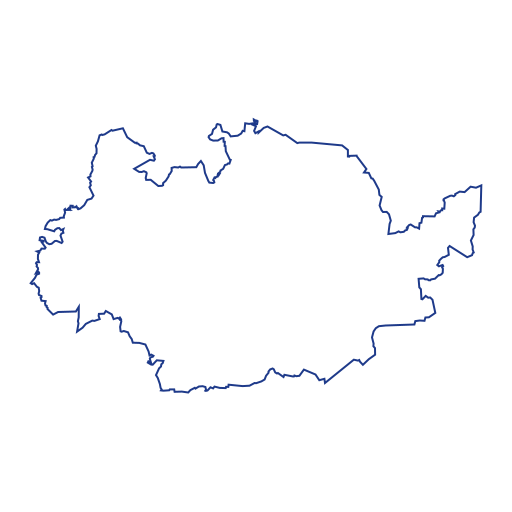 Unión de San Antonio, Jalisco, Mexico (Albers equal-area conic projection)
{"feature_id": "50627088B53477617701945", "entity_name": "Unión de San Antonio", "entity_type": "district", "adm_level": 2, "iso_a3": "MEX", "parent_name": "Mexico", "parent_adm1": "Jalisco", "projection": "albers", "projection_center": [-102.055, 21.158], "detail": "fine", "context": "isolated", "style": "outline", "palette": "blue", "viewbox_px": 512, "rotation_deg": 0, "n_neighbors": 0, "source": "geoboundaries", "source_scale": "gbopen_adm2", "svg_char_len": 5991}
<svg xmlns="http://www.w3.org/2000/svg" viewBox="0 0 512 512"><path d="M435.3,312.9L432.5,299.8L430.2,297.5L428.2,297.7L425.7,295.9L422.4,299.3L421.4,299.0L420.9,289.2L419.3,287.4L418.6,278.8L423.6,278.4L425.0,279.3L427.7,279.4L428.5,280.2L430.2,280.3L431.1,279.4L435.0,278.7L438.7,275.1L439.6,275.3L441.4,274.3L442.7,272.8L442.9,268.8L442.1,267.3L443.2,266.1L442.6,265.0L438.9,266.3L437.3,265.0L439.3,262.2L439.2,260.7L440.9,258.9L442.7,257.3L444.6,257.0L448.8,254.8L448.0,247.9L449.6,246.0L467.2,257.2L472.0,255.2L472.8,253.0L473.7,252.5L472.6,249.5L472.7,246.4L470.9,240.5L473.6,235.0L473.4,229.3L474.7,227.6L475.0,225.7L473.6,222.2L474.1,217.6L477.9,214.8L479.3,212.5L480.6,211.8L481.3,185.4L476.0,187.7L470.6,186.7L464.6,192.1L459.7,191.6L455.2,194.1L455.3,195.1L453.8,196.3L451.9,195.6L450.2,195.8L444.7,198.4L443.6,199.3L443.8,200.0L442.7,200.2L443.9,200.4L444.7,202.6L444.3,208.7L442.2,208.5L442.2,210.2L441.3,210.1L439.8,211.6L438.5,211.4L439.2,212.4L436.0,213.3L434.6,216.4L423.0,216.2L423.0,217.4L422.1,217.8L421.4,222.7L419.5,223.2L419.1,228.6L416.6,227.3L415.0,227.3L410.7,224.5L409.2,225.0L407.0,227.4L406.8,227.8L407.7,228.1L406.9,229.9L405.2,230.4L403.8,231.8L400.4,232.3L398.6,231.4L395.3,233.1L388.4,234.0L389.6,223.9L390.8,220.7L389.0,214.3L386.7,211.9L383.0,212.0L381.5,210.2L379.6,205.5L381.7,196.9L379.4,194.9L378.8,189.6L374.2,180.8L372.7,178.6L371.3,178.3L368.8,172.9L364.0,172.5L366.4,169.0L356.5,155.9L357.5,155.6L349.1,155.9L349.1,156.6L347.9,156.5L347.9,150.0L342.1,145.4L311.7,142.6L299.3,142.6L297.3,143.1L285.6,134.8L283.2,135.4L267.5,126.5L263.7,127.9L258.6,132.7L258.6,131.4L255.4,133.2L254.1,130.9L256.0,126.2L251.2,124.1L257.1,124.0L257.6,121.1L256.8,120.6L255.8,121.6L255.2,120.3L253.8,119.5L253.9,120.9L255.1,122.2L254.5,123.1L249.1,123.9L245.2,123.3L244.4,131.2L242.7,130.8L241.2,133.5L237.7,135.7L230.7,136.4L228.8,133.5L227.0,132.3L222.4,131.5L220.4,124.9L217.4,124.0L216.7,124.5L216.0,127.4L213.1,129.7L212.0,133.9L208.9,136.0L208.6,137.2L210.1,139.4L213.2,140.6L217.9,140.5L221.5,138.3L223.5,138.1L223.6,141.7L224.8,141.8L224.6,145.9L225.5,146.1L225.8,151.2L229.8,159.6L230.7,159.9L229.4,163.6L228.1,163.4L227.1,164.4L224.9,165.1L223.2,168.8L220.5,170.5L220.3,171.7L218.0,173.6L217.9,174.3L219.4,174.1L218.6,175.4L217.6,175.5L217.7,176.5L215.4,177.3L215.3,177.9L214.5,177.5L213.2,180.0L214.0,180.9L214.3,182.4L213.2,183.0L209.3,182.6L208.3,180.9L205.0,172.9L203.7,165.3L200.9,161.0L198.1,164.0L196.3,167.2L181.2,167.5L180.0,166.6L178.2,167.5L174.5,167.1L171.6,167.9L171.7,171.0L169.8,174.1L169.0,174.5L168.6,176.4L165.8,180.7L163.1,183.1L163.1,185.2L162.0,185.8L158.3,186.0L150.7,179.8L146.2,179.9L145.7,178.0L146.7,173.3L146.3,172.3L143.9,171.2L141.7,172.0L139.1,171.9L134.2,168.8L150.0,159.8L153.9,160.7L154.9,159.3L153.7,156.4L154.6,156.4L154.8,155.6L153.4,153.4L151.9,152.9L149.5,153.9L146.8,152.7L143.8,146.2L139.9,145.3L138.2,143.7L136.6,143.4L136.6,142.7L134.9,142.8L127.2,137.2L122.9,128.3L112.5,130.7L111.5,130.0L104.6,134.4L102.3,135.0L101.7,134.5L99.6,135.3L97.9,141.4L95.8,145.7L96.6,148.9L96.5,153.3L95.1,154.9L94.5,156.9L93.6,157.2L93.8,158.6L91.8,162.7L92.6,166.2L91.9,166.9L92.6,169.5L92.4,170.8L90.4,174.5L90.5,176.4L88.1,177.5L91.1,181.5L90.1,182.8L90.8,185.3L89.4,187.2L93.5,195.6L91.5,198.6L87.3,199.9L84.2,205.2L80.5,208.4L78.7,209.1L78.3,208.4L77.8,208.8L76.6,206.5L76.1,207.2L75.3,206.8L75.0,207.3L72.6,207.4L72.7,205.8L70.5,205.7L70.2,208.8L69.3,207.6L68.0,208.8L69.7,209.9L65.2,210.0L65.0,209.1L64.4,209.6L65.1,212.6L63.8,216.2L63.9,217.6L60.2,217.8L59.2,219.1L56.1,219.9L54.1,219.6L51.9,220.6L50.3,220.1L47.7,222.6L45.6,226.1L44.9,229.0L47.4,229.2L54.2,231.3L55.0,229.8L57.4,228.2L59.3,228.1L61.0,230.1L63.4,229.0L62.8,230.6L63.4,232.8L61.4,233.6L60.5,235.6L62.6,241.7L61.6,243.0L56.7,240.9L54.9,241.0L51.6,243.8L49.3,244.2L46.9,242.9L45.8,241.4L44.5,237.7L42.1,236.9L40.0,237.5L39.6,240.2L43.4,240.8L43.5,241.6L41.7,242.2L45.6,247.6L44.8,248.7L41.5,248.6L40.3,250.6L37.0,251.4L39.2,252.6L38.0,254.7L37.9,259.0L39.0,262.2L36.7,262.2L36.0,263.2L37.0,264.9L36.6,266.4L37.9,267.9L38.1,269.2L36.1,272.8L38.3,271.7L39.1,272.5L39.1,273.7L36.5,274.7L35.1,277.7L30.7,283.2L32.1,284.1L34.1,283.2L36.9,286.8L38.7,287.7L39.2,291.0L38.6,293.7L39.0,295.0L41.5,296.0L41.5,297.2L40.6,297.8L41.5,300.7L45.6,301.1L45.0,303.4L45.5,305.4L46.7,305.8L46.6,307.0L47.6,307.8L47.5,309.0L53.1,314.6L58.1,312.0L75.9,311.5L78.8,306.8L78.7,317.4L77.9,321.2L78.5,323.3L77.1,331.6L82.6,327.7L85.8,323.9L92.3,320.6L94.4,320.9L99.7,319.1L98.6,315.9L98.9,313.9L104.1,313.7L105.8,311.0L111.8,314.4L113.6,319.1L117.6,317.9L118.6,318.5L119.9,317.5L120.8,318.9L119.7,319.2L120.0,319.9L121.0,319.9L121.3,321.3L120.1,326.9L120.6,331.3L121.6,331.7L123.8,331.0L128.0,332.3L129.7,336.3L131.7,339.0L132.8,342.7L139.3,342.9L145.4,344.5L148.6,351.5L149.5,355.4L151.2,354.6L153.5,355.8L153.0,356.6L150.4,357.5L149.8,358.7L150.9,362.3L148.4,361.3L147.8,362.6L151.2,364.6L152.7,364.7L156.8,360.3L163.4,360.9L162.7,363.1L161.3,364.3L161.0,366.5L159.1,368.3L156.0,375.1L157.8,378.0L159.9,384.1L160.6,387.9L161.6,389.4L161.0,390.4L163.4,390.7L169.2,390.3L169.8,389.4L174.2,389.4L174.6,391.8L181.9,391.6L188.2,392.5L190.4,390.1L194.8,387.8L195.5,388.6L198.9,386.5L202.6,386.2L205.4,387.0L206.0,389.6L205.3,390.7L205.8,390.9L207.5,390.5L210.5,387.3L213.1,388.4L214.5,386.6L219.7,387.9L225.7,388.1L226.1,386.8L228.3,386.9L228.6,384.7L242.6,386.1L249.5,385.7L254.6,383.0L256.1,383.2L261.4,381.4L264.6,379.5L266.1,375.7L268.5,372.8L268.5,371.5L270.2,369.4L272.6,368.5L273.8,369.3L275.2,372.4L277.0,373.5L277.9,373.0L283.5,377.0L284.4,374.8L293.1,376.5L294.0,376.4L294.4,375.5L296.3,376.2L299.4,375.8L303.9,369.6L315.5,374.5L319.3,380.2L324.4,378.8L325.0,383.0L353.8,359.7L358.0,360.6L359.2,360.0L360.0,361.7L362.9,364.8L368.8,359.2L375.1,354.7L375.0,348.1L373.4,346.2L373.6,343.6L372.0,337.4L373.6,331.4L375.8,328.2L378.9,326.2L385.6,325.5L414.4,324.5L415.3,321.1L419.8,320.5L424.5,320.8L425.4,317.5L428.9,317.3L435.3,312.9Z" fill="none" stroke="#1e3a8a" stroke-width="2"/></svg>